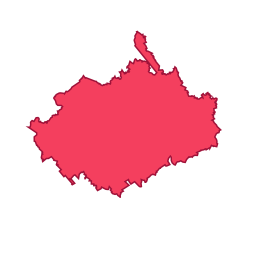 outline of Castillo de Teayo, Veracruz, Mexico, rotated 49°
{"feature_id": "50627088B5982554369070", "entity_name": "Castillo de Teayo", "entity_type": "district", "adm_level": 2, "iso_a3": "MEX", "parent_name": "Mexico", "parent_adm1": "Veracruz", "projection": "orthographic", "projection_center": [-97.687, 20.732], "detail": "fine", "context": "isolated", "style": "filled", "palette": "rose", "viewbox_px": 256, "rotation_deg": 49, "n_neighbors": 0, "source": "geoboundaries", "source_scale": "gbopen_adm2", "svg_char_len": 5703}
<svg xmlns="http://www.w3.org/2000/svg" viewBox="0 0 256 256"><g transform="rotate(49 128 128)"><path d="M97.4,214.4L97.5,209.6L98.8,208.0L99.4,204.6L103.5,204.7L103.7,205.1L106.7,203.1L108.4,205.7L109.4,205.3L109.2,205.8L109.7,205.7L109.7,206.0L110.3,205.7L110.4,206.0L115.6,205.7L115.6,208.1L122.7,208.3L122.7,206.5L128.2,206.6L128.0,205.8L128.8,205.9L128.9,206.6L133.6,206.6L133.6,207.3L134.2,207.3L134.8,204.5L128.8,204.4L128.2,200.1L128.6,198.8L133.7,198.5L130.9,195.1L130.7,192.4L131.0,191.9L131.5,191.9L131.8,190.1L133.8,190.7L134.1,191.5L135.7,191.1L135.7,190.6L136.8,191.0L137.4,193.4L138.1,193.6L137.9,191.5L141.3,190.6L142.0,190.7L142.4,191.9L143.9,190.4L146.2,192.4L147.9,190.6L149.0,191.6L149.8,190.4L150.2,190.6L150.7,189.6L152.1,190.6L151.9,191.2L152.3,191.6L155.2,192.0L156.1,188.2L155.3,186.7L159.7,184.9L161.4,183.3L161.5,183.0L160.0,180.6L163.1,180.6L163.4,182.1L165.7,182.0L165.8,182.7L167.4,182.7L169.6,181.3L170.3,179.7L172.4,179.9L174.7,179.2L175.6,179.6L173.7,178.1L172.6,176.1L172.0,175.9L172.6,173.0L170.7,173.1L171.9,164.8L166.5,165.4L167.2,161.5L169.0,162.3L172.2,162.6L172.9,158.2L178.6,157.9L179.8,157.7L180.9,156.8L180.9,156.2L178.3,154.5L177.5,153.0L175.6,151.8L177.6,150.7L178.3,149.9L180.1,150.7L180.5,150.3L180.6,149.3L180.2,148.5L179.3,147.0L178.5,146.6L178.9,143.7L178.6,141.6L179.2,139.6L181.5,138.2L180.1,136.3L180.3,135.2L179.3,134.9L179.7,134.1L179.1,130.7L179.6,129.9L179.3,129.4L180.0,124.2L181.2,124.5L182.0,123.8L183.1,120.4L179.1,119.7L177.5,117.3L177.0,114.5L178.5,114.6L181.0,116.7L183.3,117.5L185.9,117.2L186.9,116.6L185.9,114.0L185.9,112.9L186.8,111.7L187.4,109.7L189.6,109.0L191.5,107.4L190.2,104.5L189.8,100.8L190.5,100.6L191.3,99.0L192.2,98.7L191.9,97.2L192.4,95.5L194.2,93.6L193.1,92.0L191.6,92.2L192.9,87.9L192.6,87.7L194.2,85.0L194.5,83.4L194.9,82.9L195.7,83.3L196.5,79.4L197.2,79.8L195.9,76.4L197.8,75.6L197.6,75.3L200.3,73.3L198.6,70.7L197.7,70.9L196.2,69.5L194.7,68.8L191.7,68.4L190.3,65.2L190.4,63.5L191.1,62.6L190.7,61.6L189.8,60.8L190.2,59.3L185.3,59.8L184.0,59.3L180.1,59.5L178.8,58.9L177.2,59.5L177.8,56.7L175.7,56.6L175.0,55.5L173.5,55.7L174.1,53.4L172.6,53.3L173.2,52.0L173.0,51.8L172.4,52.3L169.7,50.5L170.8,48.0L169.9,47.6L169.9,47.2L169.3,46.8L168.5,47.0L168.2,45.4L167.2,45.3L167.1,45.8L165.7,45.6L165.6,45.3L166.1,45.0L165.9,44.3L165.3,44.4L165.2,42.5L164.1,41.6L163.1,42.0L162.5,44.0L160.9,44.2L161.0,45.8L158.9,46.2L158.1,44.8L158.4,44.3L156.7,45.0L156.3,44.2L155.3,44.4L155.3,45.0L153.6,44.5L153.3,46.5L154.4,46.7L153.9,48.2L152.7,48.9L151.4,48.7L151.4,51.0L153.1,51.1L154.3,51.7L153.2,52.0L152.7,55.5L151.9,56.3L150.9,56.1L150.9,56.8L149.5,56.8L149.6,57.3L149.3,57.6L149.3,57.3L147.8,57.7L147.3,57.2L147.2,57.8L145.7,58.6L145.3,59.4L145.6,59.5L143.8,61.3L140.4,60.1L140.9,59.3L139.2,58.8L136.5,60.0L135.5,57.8L130.4,60.0L130.0,57.6L129.4,57.4L129.5,57.0L128.5,56.8L127.7,57.2L127.6,56.6L126.7,57.1L124.1,56.1L122.3,56.1L120.2,55.0L119.4,53.7L118.0,53.6L117.9,53.9L114.4,52.3L112.7,52.5L113.4,53.5L113.2,54.7L113.8,54.5L114.2,55.1L115.1,57.6L114.3,59.2L114.5,59.8L113.8,59.5L113.2,60.2L114.0,61.2L113.7,62.2L113.2,62.4L112.9,64.4L111.4,64.5L111.2,65.2L110.7,65.1L109.8,65.6L110.3,66.0L109.9,66.9L108.7,66.5L109.2,65.3L108.4,64.1L106.8,63.8L104.5,66.9L101.8,63.6L95.8,63.4L95.0,63.3L95.0,62.9L91.5,62.8L91.5,61.9L90.0,61.6L90.0,62.0L87.4,62.0L87.5,60.7L83.0,62.6L82.0,63.5L80.9,63.3L80.6,62.5L80.0,62.4L80.3,61.5L77.5,60.6L74.5,60.5L75.3,58.1L73.7,57.8L72.1,56.8L72.2,56.5L71.3,56.3L70.8,56.0L70.7,54.8L69.7,55.0L69.8,56.9L67.1,55.4L66.9,56.5L63.6,57.1L62.8,57.6L61.4,57.5L61.1,58.1L61.6,58.1L63.1,62.4L64.6,63.3L65.4,65.1L66.1,65.9L70.0,67.6L70.5,68.8L105.1,70.0L105.5,73.0L104.2,74.0L102.1,74.1L100.2,75.5L98.6,75.3L98.5,74.2L97.3,73.3L97.3,72.2L96.9,72.5L96.7,72.1L95.3,71.8L94.6,70.7L94.1,70.5L92.6,70.3L92.0,70.9L91.8,70.3L90.9,70.2L88.1,71.9L88.0,72.5L87.3,72.9L87.3,73.9L86.3,73.4L85.3,74.1L84.5,74.1L84.2,74.5L84.5,75.7L83.8,76.2L83.5,77.1L81.5,76.8L80.7,77.1L80.9,78.2L83.0,81.6L82.1,82.2L79.0,82.8L81.4,86.7L81.0,87.5L81.3,88.9L81.9,89.3L82.1,88.5L84.7,88.1L84.5,89.0L85.0,89.5L84.8,89.8L85.7,89.9L85.1,90.7L86.1,90.8L85.2,91.9L85.0,93.0L84.6,93.2L85.4,93.8L84.7,95.1L83.8,94.5L83.1,94.9L80.3,94.5L81.2,96.0L80.2,97.7L82.5,97.9L84.0,99.6L85.3,99.7L86.2,101.4L85.5,102.4L83.9,101.8L83.3,103.0L83.7,103.2L82.7,104.4L81.7,104.5L80.4,104.0L80.8,105.1L80.4,106.5L80.9,106.1L81.1,106.4L80.8,107.0L81.2,108.2L81.0,110.1L81.5,111.2L82.5,111.4L83.2,112.4L80.5,114.4L81.3,115.5L80.2,116.3L79.9,118.0L79.3,118.1L79.3,119.3L78.7,119.8L77.5,120.2L76.8,120.0L76.0,120.7L75.9,120.4L75.4,120.5L73.8,121.4L71.9,121.4L71.4,122.0L62.4,126.8L62.3,127.5L59.3,127.3L60.1,129.6L60.0,130.5L60.3,130.5L60.2,133.4L61.1,133.6L61.5,134.4L60.4,143.6L61.0,145.0L61.1,148.5L60.8,150.0L59.7,150.6L60.5,153.5L60.1,153.4L57.3,155.9L56.5,157.0L55.7,160.3L56.5,162.3L56.1,162.4L56.5,164.0L57.0,164.5L59.7,164.8L63.0,166.3L64.8,166.1L67.3,163.5L69.0,163.4L69.1,165.0L69.8,165.2L70.0,165.7L69.5,167.9L69.8,168.8L69.0,170.1L70.6,170.6L70.6,171.1L71.9,172.0L71.2,173.3L70.2,173.8L70.6,175.0L69.7,175.4L69.1,176.7L69.1,177.2L70.1,178.1L69.7,179.4L70.7,183.0L69.9,184.1L70.1,184.7L69.7,185.5L70.8,185.3L71.1,186.0L68.9,186.6L69.1,188.5L66.5,190.1L65.7,189.7L65.3,191.0L64.2,190.9L63.3,189.6L62.3,188.9L61.1,189.1L60.0,190.6L61.3,194.7L59.5,195.5L59.6,197.2L59.9,197.9L61.5,199.1L63.0,201.0L62.7,202.0L62.0,202.7L71.7,200.1L73.3,201.4L73.2,204.6L76.5,207.4L77.4,206.9L78.1,207.1L81.1,208.3L81.7,208.1L81.0,207.5L83.1,208.3L84.4,207.8L85.6,208.6L89.8,208.2L90.2,208.4L90.0,208.8L90.5,209.4L90.9,209.3L91.2,209.9L91.7,209.7L91.6,210.4L93.3,212.7L93.9,212.7L94.5,213.4L96.1,212.5L96.5,214.0L97.4,214.4Z" fill="#f43f5e" stroke="#9f1239" stroke-width="1.5"/></g></svg>